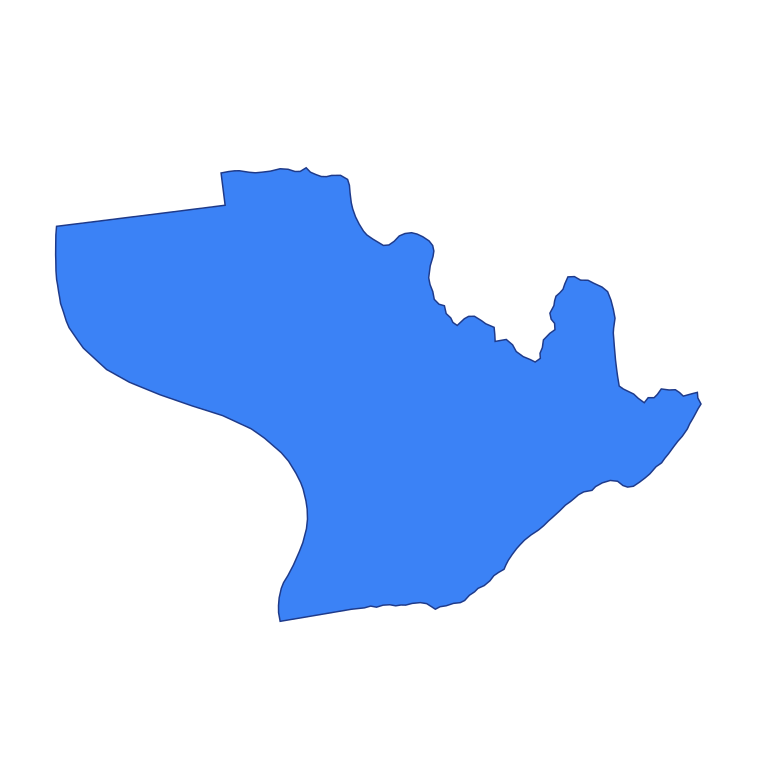 Salvador, Bahia, Brazil (Albers equal-area conic projection), rotated 353°
{"feature_id": "56859067B88878728392294", "entity_name": "Salvador", "entity_type": "district", "adm_level": 2, "iso_a3": "BRA", "parent_name": "Brazil", "parent_adm1": "Bahia", "projection": "albers", "projection_center": [-38.466, -12.875], "detail": "fine", "context": "isolated", "style": "filled", "palette": "blue", "viewbox_px": 768, "rotation_deg": 353, "n_neighbors": 0, "source": "geoboundaries", "source_scale": "gbopen_adm2", "svg_char_len": 2927}
<svg xmlns="http://www.w3.org/2000/svg" viewBox="0 0 768 768"><g transform="rotate(353 384 384)"><path d="M333.1,159.9L326.7,162.8L321.5,162.2L315.0,159.2L307.1,157.7L297.1,158.9L288.7,158.9L282.1,158.7L275.9,157.4L266.4,154.7L261.5,154.2L255.5,154.2L248.0,154.7L248.1,187.2L196.3,187.4L78.2,187.6L76.5,196.0L75.2,205.4L73.8,216.0L73.3,221.6L72.2,231.8L71.8,240.4L72.1,245.8L72.3,253.2L72.6,258.7L72.8,264.7L74.6,273.3L76.3,282.7L78.3,289.7L85.2,303.0L90.0,311.8L110.4,335.8L131.6,351.3L160.4,367.4L191.2,382.5L220.0,395.7L246.7,412.3L252.9,417.8L258.8,423.2L273.7,439.7L279.9,449.0L285.8,462.0L289.3,471.7L290.9,478.3L292.3,490.5L292.5,498.8L291.6,508.8L289.4,518.2L284.1,531.6L279.4,540.3L272.0,552.7L265.3,562.4L260.1,568.9L257.1,574.4L253.9,583.4L252.3,591.0L251.5,598.1L252.0,606.9L324.3,603.6L337.3,603.8L343.7,602.8L349.4,604.6L356.1,603.4L362.9,603.8L368.6,605.6L373.8,605.4L378.6,606.1L385.2,605.2L393.4,605.4L399.6,607.2L404.0,610.8L407.5,613.8L412.5,611.9L418.7,611.7L426.2,610.2L433.1,610.3L437.7,608.7L443.0,604.1L448.6,601.3L452.4,598.3L458.9,596.3L465.2,592.2L469.7,587.6L474.7,585.0L480.6,582.5L482.9,578.5L485.9,574.1L490.5,568.8L495.6,563.5L499.5,560.1L504.4,556.1L511.4,551.8L519.6,547.7L525.2,544.1L530.5,540.0L536.6,535.8L543.2,531.1L549.2,526.4L555.4,523.0L559.7,520.2L563.4,517.7L569.1,515.4L577.5,514.9L581.5,511.6L588.7,508.7L596.8,507.3L604.0,509.0L608.8,513.9L613.2,516.0L619.1,515.9L625.6,512.6L631.6,509.1L637.0,505.5L644.0,499.2L649.9,496.1L653.6,492.0L658.1,487.7L663.8,481.6L668.5,476.8L673.7,472.2L679.6,465.6L682.6,460.7L686.6,455.5L689.6,451.3L692.9,446.6L696.2,442.5L693.8,436.1L694.0,430.5L689.1,431.1L679.6,432.5L676.3,428.5L672.5,425.2L666.3,424.7L658.6,422.7L654.0,427.7L650.4,430.5L644.5,429.8L640.0,434.3L634.6,429.2L630.6,424.4L625.2,420.9L620.9,418.1L617.2,414.7L616.8,405.1L616.7,398.8L616.7,388.6L617.2,374.6L617.5,368.2L617.8,361.3L618.7,356.6L621.3,346.9L620.7,337.7L619.5,328.5L617.2,319.6L612.3,314.4L604.4,309.5L599.1,305.9L591.8,304.9L586.1,300.6L579.6,300.1L575.7,306.6L573.2,311.8L569.5,315.0L565.4,317.8L563.5,322.2L562.2,326.9L557.3,333.9L557.8,340.0L560.7,344.6L560.3,350.9L554.8,353.9L547.6,359.7L545.6,367.2L542.6,372.5L542.3,377.6L536.7,380.6L532.2,377.6L525.5,373.8L519.2,367.9L516.4,360.8L510.8,354.7L504.5,355.0L499.5,355.3L500.0,348.3L500.2,341.2L492.3,336.6L488.6,333.1L482.0,327.8L476.2,327.2L471.7,329.0L463.8,334.8L459.9,331.3L458.3,326.5L454.3,321.7L453.5,313.7L448.3,311.5L444.2,306.1L443.7,298.2L441.8,290.9L441.3,284.0L444.3,272.3L448.2,263.4L449.7,258.1L449.2,252.5L446.2,247.5L440.5,242.6L435.1,239.2L429.8,237.2L423.1,237.2L417.2,238.9L411.5,243.6L405.8,246.6L400.3,246.4L395.7,242.8L390.7,238.9L385.2,234.0L382.3,229.8L378.8,222.2L376.1,214.6L374.3,206.5L373.6,200.1L373.6,190.0L373.9,182.6L372.8,176.5L366.3,171.6L357.4,170.6L352.2,171.2L347.0,170.4L341.9,167.8L336.8,164.8L333.1,159.9Z" fill="#3b82f6" stroke="#1e3a8a" stroke-width="1.5"/></g></svg>